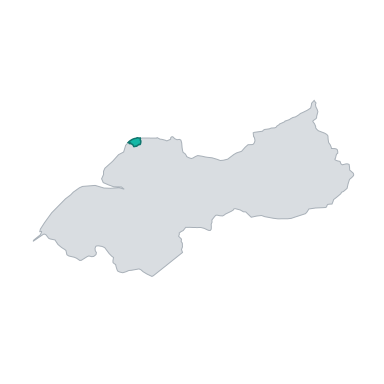 VI-3 Black Bush Polder, East Berbice-Corentyne, Guyana (highlighted), rotated 265°
{"feature_id": "73187651B65372022493743", "entity_name": "VI-3 Black Bush Polder", "entity_type": "district", "adm_level": 2, "iso_a3": "GUY", "parent_name": "Guyana", "parent_adm1": "East Berbice-Corentyne", "projection": "equal_earth", "projection_center": [-57.284, 6.065], "detail": "fine", "context": "in_parent", "style": "filled", "palette": "teal", "viewbox_px": 384, "rotation_deg": 265, "n_neighbors": 0, "source": "geoboundaries", "source_scale": "gbopen_adm2", "svg_char_len": 4570}
<svg xmlns="http://www.w3.org/2000/svg" viewBox="0 0 384 384"><g transform="rotate(265 192 192)"><path d="M132.6,177.3L125.7,166.9L118.7,156.4L111.9,146.1L111.4,144.7L114.3,139.8L116.9,136.3L119.0,134.3L120.0,132.5L119.3,125.0L119.3,122.3L118.3,119.3L117.6,116.0L118.5,113.2L119.5,111.3L120.9,110.6L124.1,109.9L126.4,109.6L127.2,108.5L128.5,107.2L130.2,107.2L133.6,108.1L135.1,106.4L137.9,104.1L144.2,100.2L145.6,97.7L146.6,93.8L146.5,91.9L145.9,91.2L144.3,90.5L141.9,90.5L140.0,91.5L138.0,90.9L136.4,88.5L136.3,86.5L137.3,83.6L136.7,81.8L133.6,75.8L133.6,74.2L135.9,71.5L137.2,69.2L139.0,63.7L140.4,61.9L144.8,61.3L145.9,60.1L148.1,57.2L151.4,53.9L156.2,51.3L157.6,46.5L158.4,45.2L162.2,42.7L162.9,41.4L162.8,40.2L156.7,29.4L157.9,30.2L162.6,37.2L165.3,38.7L165.8,38.7L165.8,36.9L168.2,37.7L174.4,42.5L183.5,50.4L196.2,65.3L199.8,71.0L202.2,73.7L206.0,80.2L207.1,83.4L207.0,96.1L203.6,104.7L202.8,111.2L202.6,119.8L200.7,124.7L203.2,122.1L204.1,114.3L206.3,109.6L209.1,104.4L213.0,103.1L217.1,105.4L220.4,105.7L223.3,107.3L229.5,115.6L235.6,122.1L237.8,127.4L244.3,130.0L248.1,134.1L249.3,137.7L250.1,147.1L248.8,161.3L249.2,162.0L247.4,164.8L247.1,166.5L246.0,169.7L245.1,171.4L246.4,175.3L247.8,175.5L248.4,176.0L248.8,176.8L248.7,177.6L248.1,178.3L246.7,179.3L245.4,181.6L245.5,184.1L244.7,185.4L242.0,186.0L236.8,186.0L234.2,186.2L232.2,186.6L230.9,188.3L229.1,189.4L227.8,189.7L226.6,191.5L225.4,194.2L225.8,196.0L227.0,198.4L227.8,200.9L226.8,205.0L225.8,208.1L225.2,210.5L224.3,215.0L222.3,220.0L220.9,222.9L220.9,226.0L221.6,230.4L225.7,236.9L227.1,239.9L228.2,244.9L231.9,248.8L234.2,251.9L234.0,256.0L234.3,257.3L235.7,258.4L237.5,259.2L239.4,259.1L241.2,258.8L241.6,258.2L245.6,258.1L246.0,259.2L246.3,265.1L246.4,267.5L247.4,268.5L248.0,270.0L248.0,271.3L248.2,274.7L248.8,276.4L248.7,280.0L249.1,281.3L250.2,282.2L251.6,284.8L252.1,285.1L252.4,286.0L253.6,289.6L254.2,290.7L254.6,290.9L254.8,292.1L255.7,295.6L256.3,296.4L257.4,298.9L257.8,301.6L259.3,304.7L260.8,306.9L261.5,309.1L263.4,314.0L265.3,317.5L267.8,318.4L270.0,318.9L271.3,320.3L272.6,321.7L271.2,322.4L269.9,323.3L268.2,322.6L265.8,322.9L263.3,323.9L261.0,324.4L256.6,322.8L255.2,322.6L254.3,322.0L252.5,318.9L251.7,318.5L249.3,320.0L246.5,320.9L245.1,320.8L243.5,321.8L242.0,323.2L239.1,329.2L237.6,331.3L236.0,332.3L232.8,332.2L229.4,332.4L226.8,333.9L224.4,334.6L223.2,334.7L222.8,338.0L222.3,339.5L221.5,340.4L219.7,340.7L218.0,340.6L217.0,339.2L215.1,338.5L213.4,338.0L212.3,337.2L211.5,337.4L210.7,338.8L210.2,340.0L209.6,342.1L207.1,342.8L206.0,344.0L206.6,348.1L206.4,349.6L205.8,350.9L202.8,351.1L200.1,351.0L198.6,352.5L196.8,354.2L195.6,354.6L194.3,354.4L192.5,352.4L190.8,350.0L186.5,348.2L182.1,346.8L179.3,342.9L178.7,340.9L177.3,340.1L174.0,335.4L172.1,332.4L170.1,331.6L167.8,330.4L167.9,328.2L167.8,326.1L166.8,325.3L165.4,324.7L164.9,323.5L165.0,320.8L165.3,313.7L164.9,307.0L161.8,304.6L160.5,303.1L158.2,293.1L157.1,288.6L157.0,285.2L157.8,275.2L158.7,270.9L161.1,262.3L162.5,259.3L162.5,257.2L162.4,254.3L161.7,248.8L165.7,245.3L167.5,243.8L167.8,241.5L169.9,238.5L170.9,235.7L171.7,233.5L171.5,232.3L170.5,231.6L169.4,229.5L167.1,223.4L166.3,222.2L165.5,220.5L165.9,217.8L166.8,214.9L166.7,213.6L165.3,212.1L162.4,209.4L160.1,209.3L158.2,208.3L155.5,208.2L153.3,207.9L152.1,206.9L152.3,205.3L152.9,204.1L154.7,201.0L155.9,197.7L156.1,194.5L156.5,190.3L157.0,186.7L157.3,182.6L154.4,179.9L153.5,177.7L152.3,175.7L151.0,175.7L149.1,174.8L146.0,177.4L143.6,176.9L141.9,177.9L138.1,177.7L135.6,176.5L132.6,177.3Z" fill="#d9dde1" stroke="#a8b0b8" stroke-width="1"/><path d="M250.3,145.2L250.3,144.9L250.4,144.0L250.5,143.4L250.8,142.3L250.8,142.0L250.7,141.7L250.4,141.3L250.3,139.9L250.2,139.2L249.9,138.0L249.6,137.1L248.6,135.1L248.5,134.9L248.1,134.5L247.8,133.8L247.5,133.5L246.9,132.8L246.7,133.3L246.7,133.7L246.6,134.2L246.4,134.6L246.2,134.3L246.1,133.9L245.8,133.8L245.6,134.2L245.6,134.6L245.5,135.0L245.5,135.3L245.3,135.7L244.9,136.3L244.7,136.6L244.4,136.9L244.2,137.1L243.9,137.3L243.6,137.6L243.3,137.6L243.0,137.7L242.7,137.9L242.4,137.9L242.3,138.4L242.3,138.8L242.3,139.1L242.4,139.5L242.6,140.0L242.5,140.4L242.4,140.9L242.6,141.1L243.0,141.4L243.1,141.8L243.3,142.2L243.5,142.5L243.8,142.8L244.0,143.1L244.0,143.5L243.8,143.6L243.8,144.1L243.9,144.5L244.2,144.7L244.6,144.9L244.9,145.0L245.3,145.1L245.6,145.2L246.0,145.3L246.3,145.3L246.5,145.4L246.9,145.4L247.3,145.4L247.6,145.4L247.8,145.2L248.2,145.0L248.5,145.0L248.9,145.1L249.3,145.1L249.6,145.2L249.9,145.1L250.2,145.2L250.3,145.2Z" fill="#14b8a6" stroke="#0f766e" stroke-width="1.5"/></g></svg>